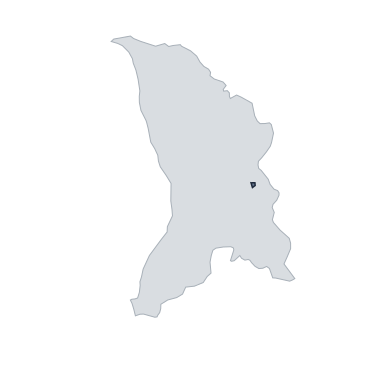 Moldova, with Transnistria highlighted, rotated 19°
{"feature_id": "MDA-1638", "entity_name": "Transnistria", "entity_type": "District", "adm_level": 1, "iso_a3": "MDA", "parent_name": "Moldova", "parent_adm1": "", "projection": "robinson", "projection_center": [29.154, 47.261], "detail": "fine", "context": "in_parent", "style": "filled", "palette": "slate", "viewbox_px": 384, "rotation_deg": 19, "n_neighbors": 0, "source": "natural_earth", "source_scale": "10m", "svg_char_len": 2077}
<svg xmlns="http://www.w3.org/2000/svg" viewBox="0 0 384 384"><g transform="rotate(19 192 192)"><path d="M66.6,76.0L68.2,72.9L83.0,64.6L86.8,65.9L94.5,66.3L110.1,66.0L117.9,60.5L122.6,62.0L126.5,59.6L133.0,56.5L133.9,57.1L134.7,57.6L144.7,59.0L152.2,62.0L157.2,66.5L162.3,69.4L167.7,70.5L170.6,72.8L171.2,76.2L176.2,77.9L185.6,77.9L189.6,80.2L188.1,84.8L189.1,86.3L192.4,84.7L195.0,86.1L196.3,89.5L197.8,91.1L202.6,85.8L207.7,86.3L219.9,88.5L226.5,99.6L230.6,103.6L234.1,105.2L238.7,103.5L242.7,101.4L245.0,102.4L249.9,109.8L251.1,119.4L251.1,123.3L249.3,129.8L246.8,136.8L244.8,141.3L245.6,144.9L247.4,148.0L250.3,149.0L259.9,155.1L263.4,159.4L268.6,162.6L272.5,162.8L274.6,164.5L275.3,166.7L274.8,172.2L272.6,177.3L272.9,180.6L276.4,184.5L276.8,189.1L277.0,192.0L278.9,194.3L287.6,199.3L299.0,204.1L301.9,208.3L303.7,213.5L303.1,222.4L302.4,230.1L317.4,240.4L315.7,242.4L313.4,244.5L299.2,246.1L296.3,246.9L290.1,239.1L286.8,238.1L283.8,241.0L280.2,242.6L275.9,241.8L271.3,239.4L269.0,237.7L267.1,237.5L264.2,239.2L260.4,238.5L257.9,236.5L254.3,243.2L252.0,244.6L250.7,244.4L250.4,233.1L249.3,231.4L246.5,231.1L239.5,233.8L232.9,237.3L230.7,240.3L230.9,245.9L231.9,252.5L236.4,262.5L233.9,266.9L232.1,273.9L225.0,280.2L217.0,284.0L216.3,291.6L211.9,296.8L204.2,302.0L199.1,308.3L200.4,312.5L200.7,316.6L199.8,319.4L199.6,321.5L197.6,322.5L185.9,323.2L182.6,324.5L178.8,327.5L175.2,321.9L171.6,316.9L168.9,314.2L170.0,313.0L173.0,311.6L175.1,309.9L174.9,304.0L173.4,297.2L172.0,293.9L171.9,288.8L170.9,280.8L172.4,265.9L178.3,247.2L181.5,237.9L180.0,232.8L181.3,220.9L178.8,215.1L174.9,207.4L169.4,190.7L162.4,184.9L153.8,178.5L150.2,173.7L147.7,168.4L142.6,163.1L136.8,158.3L129.9,146.2L126.3,140.7L125.2,139.3L117.2,131.5L113.1,124.5L111.0,118.7L109.8,113.4L104.3,102.9L99.3,95.0L94.5,89.3L92.3,85.4L86.7,80.3L78.6,76.3L73.4,75.7L66.6,76.0Z" fill="#d9dde1" stroke="#a8b0b8" stroke-width="1"/><path d="M247.7,168.1L246.8,166.9L244.9,164.2L245.0,164.2L245.5,163.8L248.5,162.8L249.6,165.3L247.7,168.1L247.7,168.1Z" fill="#64748b" stroke="#1e293b" stroke-width="1.5"/></g></svg>